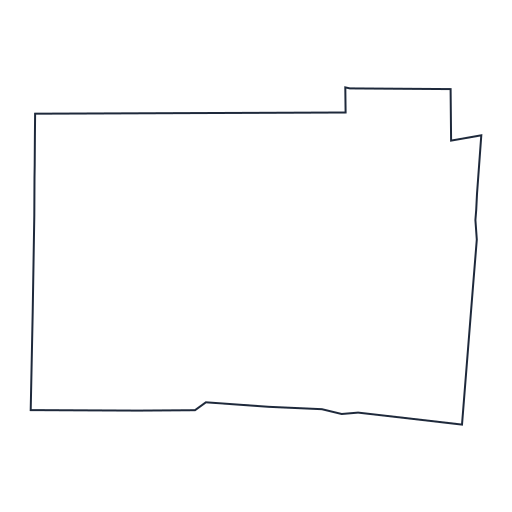 outline of Butler, Ohio, United States of America
{"feature_id": "52423323B28721217330629", "entity_name": "Butler", "entity_type": "district", "adm_level": 2, "iso_a3": "USA", "parent_name": "United States of America", "parent_adm1": "Ohio", "projection": "robinson", "projection_center": [-84.591, 39.442], "detail": "fine", "context": "isolated", "style": "outline", "palette": "slate", "viewbox_px": 512, "rotation_deg": 0, "n_neighbors": 0, "source": "geoboundaries", "source_scale": "gbopen_adm2", "svg_char_len": 484}
<svg xmlns="http://www.w3.org/2000/svg" viewBox="0 0 512 512"><path d="M30.7,410.1L138.2,410.6L195.0,410.2L205.9,402.3L268.5,406.8L321.9,409.2L341.7,414.0L358.1,412.6L462.0,424.6L472.8,289.0L476.8,239.6L475.4,220.0L476.2,210.1L477.0,193.9L481.3,135.3L451.1,140.6L450.6,89.1L349.9,88.4L345.3,87.4L345.6,112.5L35.1,113.7L35.1,114.2L35.1,115.3L34.9,135.9L34.7,165.4L34.5,177.7L34.5,177.8L34.3,215.7L32.7,312.3L30.8,405.2L30.7,410.1Z" fill="none" stroke="#1e293b" stroke-width="2"/></svg>